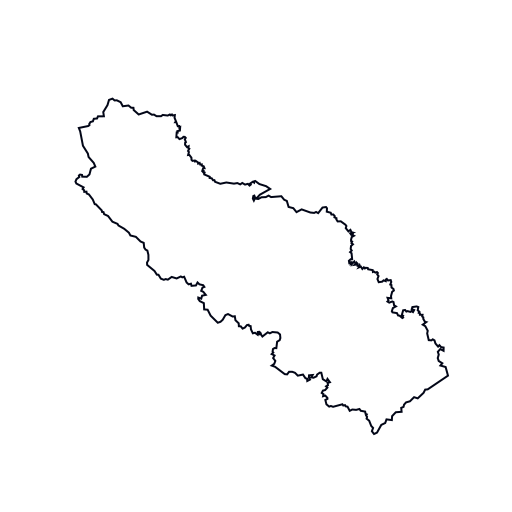 Yali, Antioquia, Colombia, rotated 51°
{"feature_id": "7082276B99209439763300", "entity_name": "Yali", "entity_type": "district", "adm_level": 2, "iso_a3": "COL", "parent_name": "Colombia", "parent_adm1": "Antioquia", "projection": "orthographic", "projection_center": [-74.75, 6.718], "detail": "fine", "context": "isolated", "style": "outline", "palette": "ink", "viewbox_px": 512, "rotation_deg": 51, "n_neighbors": 0, "source": "geoboundaries", "source_scale": "gbopen_adm2", "svg_char_len": 6106}
<svg xmlns="http://www.w3.org/2000/svg" viewBox="0 0 512 512"><g transform="rotate(51 256 256)"><path d="M91.8,233.9L91.3,236.2L87.7,239.7L87.6,241.8L84.8,245.3L81.9,246.3L80.7,248.0L75.3,249.8L72.2,258.1L65.6,259.2L63.7,258.0L62.2,259.7L58.8,260.4L55.8,265.3L51.3,264.4L47.4,266.2L46.1,268.0L43.4,268.5L42.2,272.0L45.3,276.5L48.0,284.1L51.7,286.3L48.0,290.9L49.1,293.0L47.3,295.7L48.7,298.0L47.7,300.3L48.4,302.4L49.5,303.1L49.4,304.6L45.0,313.1L48.5,314.2L61.4,321.1L70.6,322.2L73.7,323.8L81.5,323.5L85.4,324.6L84.3,329.3L87.8,334.1L88.0,337.6L85.0,341.1L83.5,340.2L82.0,341.5L82.0,343.0L83.4,343.6L83.3,347.2L84.6,349.5L86.6,350.0L94.2,346.8L94.8,348.6L96.7,348.2L98.1,349.1L99.3,347.3L100.9,348.2L103.0,347.1L109.4,347.3L114.2,348.7L115.1,347.9L123.5,347.2L124.9,347.9L125.9,346.9L127.9,347.7L131.8,345.8L139.0,346.0L143.9,343.4L145.7,343.7L151.9,341.3L157.9,340.1L161.0,340.7L165.5,337.3L172.1,336.6L175.1,335.0L179.1,337.6L181.6,337.8L183.4,337.0L187.4,338.9L191.4,342.1L192.5,344.8L194.4,346.2L203.8,344.3L208.1,344.8L209.2,343.6L213.7,344.2L216.5,342.6L217.1,340.7L218.9,339.4L219.2,334.7L223.5,331.8L224.6,327.3L226.2,326.7L226.9,324.9L232.9,326.6L235.6,326.2L236.6,324.0L238.6,324.9L241.1,321.2L239.8,318.1L242.4,317.8L245.5,315.4L247.5,315.6L246.9,317.5L248.6,320.5L250.7,319.5L254.6,319.5L252.9,322.9L254.7,325.4L252.0,327.0L253.0,327.9L255.7,328.1L259.8,326.2L264.9,329.9L267.3,327.4L273.8,328.8L283.8,327.7L284.8,325.0L284.6,322.0L282.7,317.0L283.5,314.3L288.4,312.2L289.5,310.4L293.0,312.4L297.4,311.8L299.8,313.5L301.1,312.1L304.0,312.1L304.6,309.7L304.0,306.5L304.8,305.0L306.0,305.3L307.1,304.3L309.9,306.1L314.1,307.1L315.0,305.1L318.1,304.3L316.2,302.4L317.0,301.1L318.5,301.0L318.1,302.1L318.9,302.8L319.8,301.5L322.6,301.7L322.7,294.9L324.8,293.9L325.4,291.1L329.1,287.3L332.1,286.7L335.1,288.7L336.3,290.6L335.9,293.5L340.4,298.2L339.2,299.5L339.0,301.4L340.8,303.3L341.9,303.3L342.1,305.5L345.0,304.2L346.1,306.9L349.7,307.0L351.3,309.7L351.1,312.7L354.1,310.9L365.9,308.0L367.6,306.3L366.8,303.2L368.8,300.7L371.3,299.2L375.3,298.8L377.7,294.1L382.1,294.5L383.5,293.5L385.4,294.8L386.0,291.8L383.8,291.4L382.1,289.9L384.1,286.9L385.0,289.5L386.8,287.9L387.6,284.7L386.6,283.1L386.8,279.9L387.8,278.7L393.8,281.6L397.8,280.2L396.5,277.8L400.6,278.0L399.7,280.2L401.7,281.4L401.4,283.6L403.2,283.4L403.7,286.7L402.7,288.7L403.8,291.1L405.9,290.5L407.2,292.1L408.1,290.0L411.2,289.8L412.0,290.4L411.5,292.7L415.6,294.6L419.1,293.9L419.7,292.2L421.7,291.0L425.6,282.2L427.1,282.3L427.9,280.7L429.3,280.9L430.7,279.7L435.3,280.6L435.9,277.8L438.6,275.0L440.0,271.9L442.2,272.0L445.6,269.1L447.7,270.2L448.8,269.6L449.2,270.8L450.9,270.9L452.0,272.4L455.2,271.7L460.6,273.4L463.3,273.2L465.1,276.2L468.6,276.3L469.4,273.1L466.1,264.9L467.1,260.7L465.1,257.4L469.0,253.7L466.1,251.0L465.4,245.7L468.7,240.9L465.4,238.7L466.1,236.3L464.7,234.5L464.2,231.5L465.8,227.8L465.2,222.0L468.4,219.9L467.8,211.9L466.3,208.6L467.7,206.5L469.8,182.1L461.6,178.5L457.2,181.6L456.6,178.7L452.6,180.1L449.7,179.0L447.6,176.0L444.9,175.0L444.3,171.4L447.7,169.9L445.2,167.8L443.3,169.5L440.7,169.6L441.0,171.5L436.9,171.6L433.9,170.4L432.0,171.1L432.0,172.7L430.1,174.7L423.9,171.7L422.2,169.6L417.1,168.6L414.3,169.6L414.5,165.3L413.4,166.1L410.2,165.6L409.0,164.6L407.6,164.9L406.5,163.6L404.8,165.6L403.7,164.7L402.6,165.3L402.1,164.1L400.0,164.5L397.8,162.0L396.3,162.9L394.1,166.6L395.3,168.4L397.5,167.1L398.4,169.3L396.6,169.9L396.6,171.2L394.2,172.9L393.8,174.1L391.8,174.1L390.8,175.8L393.7,179.9L395.0,179.3L395.4,180.3L396.4,180.4L396.3,181.3L392.7,182.0L391.6,183.0L389.1,182.4L385.7,185.4L384.4,185.2L382.6,182.4L383.2,179.0L381.2,179.7L378.3,178.1L377.1,178.7L376.1,181.8L374.1,182.5L373.9,181.0L371.3,180.1L374.0,177.5L372.1,176.3L369.5,172.7L369.6,170.6L368.1,169.9L365.8,170.5L363.7,169.0L362.7,169.6L361.3,167.2L359.5,166.5L358.1,168.8L356.1,168.8L356.0,169.9L357.2,171.0L355.2,172.2L355.4,174.0L353.6,177.1L350.3,176.1L348.7,173.4L346.6,173.4L345.9,172.0L344.6,172.1L344.0,173.7L342.4,174.1L342.0,175.2L340.4,174.2L336.9,177.2L335.6,176.7L334.2,178.2L334.2,179.2L332.7,179.3L333.0,181.5L330.2,181.2L329.6,183.2L329.1,181.6L328.3,181.3L328.7,182.5L327.5,183.3L326.0,181.9L325.0,182.0L326.1,182.9L324.9,184.9L324.8,183.5L322.1,183.0L322.7,187.0L321.5,186.1L321.5,187.4L320.4,186.5L320.1,187.9L318.2,186.8L318.1,184.4L319.0,183.3L314.0,180.0L312.2,180.4L312.0,178.2L310.1,178.0L308.0,175.8L307.9,173.3L306.0,173.7L305.3,172.2L304.2,172.7L303.0,171.7L301.5,169.6L301.9,167.2L300.6,167.8L299.8,166.9L299.5,168.6L297.7,168.5L298.7,166.0L297.5,166.8L295.1,166.2L295.0,168.7L290.8,168.7L289.6,166.9L288.0,166.8L282.4,168.3L280.5,170.8L278.0,170.5L277.3,169.7L275.3,170.7L274.5,169.7L272.4,169.8L271.2,171.3L269.4,170.7L266.1,173.1L263.6,170.8L262.0,170.8L260.2,173.8L261.8,180.7L259.6,181.6L259.1,183.7L256.4,186.4L248.5,191.2L247.4,196.9L242.3,196.9L238.4,199.8L232.6,197.4L230.0,198.7L225.5,198.7L219.7,207.2L217.0,208.2L216.4,211.3L213.8,214.8L213.1,218.4L210.6,220.7L211.6,222.8L209.4,222.3L207.7,220.3L208.0,219.3L209.8,219.9L211.5,219.3L210.8,214.4L212.8,202.8L208.1,204.2L202.2,208.1L197.2,209.4L196.8,210.4L197.7,211.3L196.3,211.7L196.0,214.9L197.2,215.1L197.2,216.7L194.8,216.9L193.6,219.6L190.6,220.7L190.4,223.2L187.6,224.6L185.9,227.6L180.2,232.8L177.4,238.3L172.6,241.1L170.9,240.6L170.1,241.7L167.8,241.5L166.2,242.9L165.3,242.1L160.0,244.9L158.8,244.0L158.9,242.6L158.2,244.3L157.1,244.3L156.7,243.4L156.0,244.1L154.5,241.8L155.3,240.8L153.4,240.2L151.6,241.3L150.7,240.5L149.8,241.8L148.2,241.2L147.8,242.8L146.7,242.2L144.0,243.0L144.1,243.9L143.1,243.8L142.1,245.5L140.7,245.6L138.9,244.3L135.4,244.2L134.8,245.2L133.0,242.7L131.6,242.7L130.7,240.4L129.9,240.8L128.3,239.3L127.9,241.1L124.9,241.1L123.4,239.8L123.4,238.8L120.5,237.9L120.0,236.3L118.6,236.4L117.7,237.4L118.0,239.0L117.0,241.9L114.3,242.1L113.6,243.2L110.1,239.9L110.7,239.2L109.5,238.5L110.6,236.2L108.3,234.0L108.2,234.9L106.7,233.9L105.9,235.1L101.8,233.7L101.2,234.5L100.8,233.4L97.3,232.3L95.4,230.4L94.2,232.5L93.1,232.3L92.8,233.9L91.8,233.9Z" fill="none" stroke="#020617" stroke-width="2"/></g></svg>